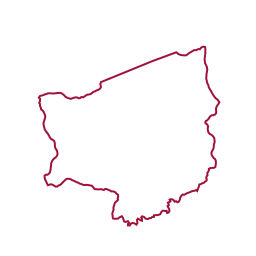 the district of Aparecida do Rio Negro, Tocantins, Brazil, rotated 12°
{"feature_id": "56859067B11960662849722", "entity_name": "Aparecida do Rio Negro", "entity_type": "district", "adm_level": 2, "iso_a3": "BRA", "parent_name": "Brazil", "parent_adm1": "Tocantins", "projection": "albers", "projection_center": [-48.002, -9.977], "detail": "fine", "context": "isolated", "style": "outline", "palette": "rose", "viewbox_px": 256, "rotation_deg": 12, "n_neighbors": 0, "source": "geoboundaries", "source_scale": "gbopen_adm2", "svg_char_len": 3942}
<svg xmlns="http://www.w3.org/2000/svg" viewBox="0 0 256 256"><g transform="rotate(12 128 128)"><path d="M212.0,83.7L209.6,81.6L207.8,80.8L206.4,79.8L204.0,77.5L200.6,73.7L198.5,71.3L197.8,69.6L196.3,67.8L194.3,63.5L193.6,58.9L193.4,54.3L192.3,51.6L189.8,48.4L189.3,46.7L188.7,45.3L188.5,43.5L188.1,38.8L187.1,34.1L186.5,32.7L184.7,32.8L182.9,34.0L182.0,36.0L180.3,36.2L178.4,37.8L176.6,38.0L174.1,40.3L172.7,41.5L171.8,42.6L170.9,43.6L169.4,45.0L166.3,45.5L164.8,45.6L162.3,45.3L159.5,43.9L138.1,57.4L92.0,88.7L91.8,90.7L93.0,93.6L92.5,95.3L91.0,96.9L89.3,97.8L88.4,98.9L86.9,99.6L84.9,102.0L83.9,102.9L81.0,104.0L79.6,105.4L77.8,107.3L75.9,107.4L74.9,108.7L73.5,109.2L72.2,108.7L70.4,108.9L68.3,109.9L66.1,111.4L64.4,111.2L63.0,111.2L60.4,110.5L58.8,109.3L57.2,108.4L55.0,107.7L53.1,108.0L51.2,108.6L49.2,109.4L46.5,110.0L44.1,110.3L42.2,110.9L41.0,111.8L39.3,112.6L38.3,113.5L35.3,114.9L34.5,116.8L35.8,117.6L36.2,118.9L36.3,120.4L35.9,121.9L37.0,122.9L37.3,124.7L38.6,126.3L39.1,127.8L40.9,128.7L42.1,129.8L43.3,131.4L44.5,133.3L44.8,134.7L44.6,136.7L44.5,138.4L44.3,140.7L44.9,142.7L45.6,144.1L46.2,145.4L47.0,146.9L48.3,148.1L49.7,149.3L51.1,150.6L52.2,151.8L53.4,153.3L55.0,154.7L56.8,155.2L58.5,156.0L59.4,157.7L59.8,159.1L60.3,160.9L61.0,162.6L62.2,163.9L63.2,164.9L63.9,166.5L64.5,168.1L64.4,169.7L63.7,171.2L62.6,172.7L61.6,173.9L60.9,175.3L60.5,176.7L60.2,178.4L60.5,180.6L60.7,182.6L60.9,185.0L60.9,187.4L60.0,189.3L58.9,190.5L57.4,190.8L56.3,191.9L56.9,194.3L58.1,196.2L61.5,200.6L63.2,199.6L64.7,199.0L66.5,199.3L68.0,199.9L69.4,200.4L70.8,200.1L71.9,198.8L73.7,197.6L75.0,195.7L75.9,194.2L76.9,192.6L78.1,190.9L79.4,190.2L81.4,189.9L82.9,190.1L84.4,190.7L86.0,190.8L87.5,191.3L89.4,191.8L90.8,191.8L92.1,192.4L93.6,192.5L94.9,192.7L96.8,193.0L99.0,192.3L101.3,192.0L103.2,192.1L104.6,191.9L106.3,193.2L108.0,194.7L109.7,194.4L111.2,194.4L112.8,193.9L115.0,193.4L117.3,193.7L118.4,192.3L119.9,192.2L121.4,192.5L123.5,192.9L124.7,193.5L126.1,193.2L127.6,193.1L129.1,193.6L130.4,194.7L131.9,195.2L132.7,196.9L132.4,198.9L133.2,200.3L132.4,201.6L131.5,202.6L130.8,203.8L130.6,205.5L130.4,207.3L130.3,209.2L130.9,210.7L130.6,212.8L130.4,215.0L131.1,216.6L131.5,218.2L132.2,219.6L133.7,219.6L135.3,219.2L137.1,218.7L137.9,217.5L139.0,216.6L140.3,215.6L141.8,217.0L142.7,218.7L143.9,220.4L145.5,220.2L147.3,219.1L148.7,220.5L147.9,221.9L148.2,223.3L150.1,222.9L150.6,221.0L152.0,220.0L153.4,219.9L154.8,220.1L156.3,220.8L157.0,218.9L156.3,217.2L155.9,215.9L156.5,214.6L157.8,215.0L159.2,215.6L160.9,215.8L160.6,213.9L159.5,212.8L160.1,211.5L162.1,211.6L163.8,212.9L166.0,213.1L167.8,211.7L169.2,211.4L170.3,209.8L171.8,209.6L171.6,208.0L172.8,207.6L174.6,207.1L176.3,206.4L177.6,205.5L178.0,203.4L179.0,201.7L180.4,201.5L181.7,201.5L183.0,201.0L184.0,203.0L185.3,202.1L185.8,200.4L185.0,198.5L184.0,197.4L182.9,196.3L184.0,194.8L182.5,192.7L183.6,192.0L184.7,191.0L183.6,189.5L184.6,188.7L186.5,188.7L188.0,189.3L188.9,190.4L190.3,189.6L191.9,190.4L193.0,189.5L193.4,188.1L193.7,186.6L193.6,185.2L194.3,183.2L195.3,181.7L196.8,181.7L198.3,180.3L200.1,179.0L201.8,178.0L203.4,176.7L204.9,176.0L206.4,175.4L207.6,174.5L208.8,175.2L209.0,173.7L209.3,171.8L209.5,169.9L209.5,168.4L210.9,167.8L212.0,166.7L213.6,165.8L214.5,164.4L215.7,163.4L215.7,161.7L214.8,160.4L215.0,159.0L215.6,157.7L214.9,155.6L215.5,154.3L215.9,152.5L215.6,151.1L217.2,149.9L218.8,149.5L220.3,149.1L221.5,148.1L221.5,146.7L221.4,144.9L221.1,143.2L220.7,141.8L219.6,140.3L218.1,139.6L216.9,138.5L215.6,137.0L214.8,135.5L214.9,133.7L215.5,131.8L215.9,129.9L215.7,127.7L215.4,126.2L215.7,124.4L215.4,122.6L214.9,121.2L214.3,119.7L213.0,118.5L211.3,117.4L209.1,116.8L207.4,115.3L206.6,113.6L206.0,111.7L206.1,109.9L204.8,108.1L202.8,107.2L202.4,105.4L203.8,104.0L204.9,102.3L205.4,100.8L206.1,99.3L207.3,98.1L209.0,97.7L210.2,96.8L211.1,95.2L210.7,93.1L210.1,91.1L210.1,89.4L210.6,87.5L211.4,85.8L212.0,83.7Z" fill="none" stroke="#9f1239" stroke-width="2"/></g></svg>